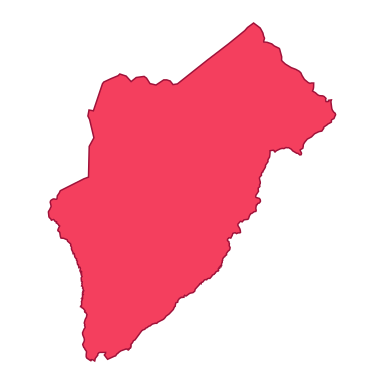 the district of Ulma, Suceava, Romania
{"feature_id": "2599482B36214324611415", "entity_name": "Ulma", "entity_type": "district", "adm_level": 2, "iso_a3": "ROU", "parent_name": "Romania", "parent_adm1": "Suceava", "projection": "albers", "projection_center": [25.264, 47.853], "detail": "fine", "context": "isolated", "style": "filled", "palette": "rose", "viewbox_px": 384, "rotation_deg": 0, "n_neighbors": 0, "source": "geoboundaries", "source_scale": "gbopen_adm2", "svg_char_len": 5875}
<svg xmlns="http://www.w3.org/2000/svg" viewBox="0 0 384 384"><path d="M253.6,23.0L247.5,27.5L244.8,30.6L228.6,43.8L207.6,59.9L177.4,83.9L173.0,84.6L170.2,81.0L166.9,79.9L163.7,79.9L156.0,85.0L150.0,83.6L146.5,78.1L144.1,76.4L136.2,77.5L131.1,81.6L126.2,76.1L119.8,74.0L118.1,75.7L111.1,78.6L103.8,82.0L102.5,83.7L93.4,110.8L89.0,110.0L87.9,116.0L89.6,119.5L93.9,137.8L89.2,146.4L88.5,177.1L83.9,178.8L60.3,190.7L59.1,193.2L57.3,195.8L57.0,198.6L56.7,199.1L56.0,199.3L53.9,198.9L52.9,199.1L51.1,200.2L50.5,201.0L50.2,202.2L51.0,205.6L51.1,206.5L49.8,209.4L48.5,211.5L48.4,212.1L48.9,216.6L49.2,217.4L50.9,219.1L51.4,220.2L53.4,219.5L53.8,219.7L54.2,220.0L54.9,221.2L56.6,221.8L56.6,222.4L56.2,222.7L56.3,223.0L57.3,223.5L58.6,224.8L58.8,225.5L59.6,225.8L59.6,226.3L58.7,227.8L57.8,230.1L58.1,231.0L59.4,231.9L59.8,232.7L60.4,236.6L61.0,238.1L63.6,238.3L67.2,239.8L67.6,241.2L70.6,243.9L70.8,244.7L70.6,245.2L70.7,245.7L71.5,247.2L71.6,248.0L71.4,248.8L72.0,250.5L72.5,251.0L72.5,251.8L73.2,252.6L73.0,253.7L73.5,253.8L74.2,253.6L74.4,253.8L74.4,255.1L74.7,255.7L74.7,256.7L75.8,258.3L76.6,258.9L76.4,260.0L76.9,260.8L77.4,261.2L77.1,262.1L77.5,263.9L77.6,264.5L78.4,264.8L78.4,265.8L78.9,266.6L78.8,267.5L79.5,267.2L80.1,267.4L80.0,268.0L80.4,268.5L79.9,270.8L80.1,271.2L80.3,271.4L81.1,271.2L81.6,271.6L81.6,272.0L80.7,272.1L80.6,272.3L81.0,272.8L81.0,273.9L81.6,274.0L81.4,275.3L82.1,276.4L81.3,277.5L81.3,278.5L81.1,279.0L81.5,279.6L81.3,281.0L82.3,281.9L81.8,283.3L82.1,284.3L82.1,284.9L81.6,285.9L82.1,286.1L82.6,286.9L82.9,287.6L82.6,288.2L83.0,288.6L83.3,289.9L83.8,290.8L83.6,291.1L82.8,291.3L83.1,292.5L82.4,293.0L82.8,294.0L82.6,294.4L83.2,294.5L82.4,295.9L82.7,297.1L82.1,297.6L82.1,297.9L82.5,298.6L81.7,298.9L82.2,299.3L82.2,299.8L81.4,301.7L81.6,302.2L81.6,304.9L81.2,305.7L80.6,306.2L80.5,306.7L81.6,307.1L82.0,307.8L83.3,308.5L85.1,310.9L84.6,311.6L84.7,311.9L85.0,312.3L85.8,312.6L87.0,314.7L86.6,315.9L86.5,317.0L85.3,319.2L84.3,322.6L84.3,323.4L84.8,324.4L84.6,325.7L85.2,327.1L85.1,327.6L84.1,329.0L82.5,332.8L82.7,334.7L84.1,338.1L84.4,340.0L84.1,341.4L82.8,344.1L82.7,344.6L83.8,347.5L84.5,348.1L85.0,349.4L86.4,351.2L86.5,352.1L86.2,354.5L86.2,356.9L86.9,358.2L90.7,360.7L91.1,360.6L91.1,359.7L91.8,359.6L92.8,359.8L94.7,361.0L95.0,359.9L95.2,358.5L97.8,355.1L97.7,354.8L97.9,353.8L98.8,352.8L99.9,352.4L105.6,352.4L105.5,353.5L104.3,355.0L107.6,359.3L114.4,356.2L115.6,355.9L116.9,353.9L117.9,353.4L118.2,352.8L120.8,350.9L126.0,349.0L126.5,349.0L127.9,349.8L128.1,349.3L128.5,349.7L128.8,349.2L129.1,349.3L129.3,348.5L130.4,348.1L130.4,347.6L130.7,347.5L130.7,347.0L131.0,346.8L131.1,345.6L130.8,345.1L131.0,345.0L131.2,343.9L131.9,343.4L132.9,341.9L133.4,340.7L135.0,339.9L141.7,330.8L143.2,329.8L144.8,329.3L145.6,328.2L147.1,327.6L148.8,326.2L150.1,325.9L152.3,324.1L155.1,323.3L156.8,323.3L158.0,322.1L163.6,319.2L165.1,317.6L166.0,316.2L169.2,313.9L173.4,309.4L173.7,308.4L174.2,307.7L174.2,307.2L175.3,306.2L175.3,305.1L175.8,303.0L176.4,302.5L177.6,302.3L177.8,301.6L177.9,300.4L178.8,299.5L179.4,298.4L180.1,298.2L181.2,297.2L181.9,297.6L182.8,297.2L183.9,297.3L184.0,296.2L184.7,295.3L185.6,295.9L186.3,295.9L189.0,293.8L190.1,293.2L193.0,292.6L194.7,291.2L195.2,289.2L199.2,284.8L199.8,283.7L201.2,283.8L201.1,282.7L201.3,282.4L202.4,282.2L203.2,281.6L204.4,279.9L205.4,279.6L206.4,279.8L206.8,279.7L207.3,278.8L208.3,278.4L209.9,278.4L211.7,276.4L212.4,275.1L214.3,274.2L214.7,273.4L215.3,273.1L215.8,272.0L217.8,270.9L218.4,270.9L218.6,270.4L218.5,269.7L218.3,269.3L218.3,268.9L219.6,268.2L219.1,267.4L219.7,266.9L220.8,267.0L221.0,266.8L220.7,266.3L220.6,265.7L221.6,265.5L221.5,264.2L221.9,262.8L222.3,262.2L222.2,260.8L222.7,260.3L222.6,259.3L222.8,258.7L223.8,257.2L224.7,256.7L225.3,255.7L226.6,254.8L226.4,253.6L227.1,252.5L228.0,251.3L229.5,250.0L229.9,249.1L230.1,247.4L229.4,246.2L229.2,245.2L229.4,243.5L228.9,242.5L228.9,241.7L227.6,240.7L227.4,240.2L227.6,239.2L229.0,237.7L230.8,238.1L232.2,235.4L232.8,233.5L233.0,233.3L235.1,232.7L236.5,233.6L238.0,232.9L240.0,232.8L240.5,232.4L240.3,230.3L239.7,228.5L238.1,225.8L237.8,225.0L238.0,224.0L240.3,221.4L240.9,221.3L242.1,221.9L244.1,219.8L247.5,219.4L248.4,218.9L249.5,215.7L250.7,213.7L251.6,213.5L254.2,211.7L255.9,211.4L256.2,210.3L255.8,208.3L256.3,205.2L256.5,204.8L257.1,204.8L257.7,203.5L259.3,203.0L260.4,201.6L260.4,200.4L260.1,199.4L259.3,198.4L256.2,197.5L255.7,197.0L255.7,196.3L255.9,195.3L258.5,191.3L258.2,189.4L258.3,188.0L259.7,186.7L259.9,186.2L259.5,184.9L260.2,183.7L260.3,182.2L259.6,179.4L259.4,178.2L259.6,177.3L261.5,175.3L261.3,174.4L261.6,173.1L262.2,172.2L263.0,171.8L262.9,171.1L263.4,170.5L265.1,167.7L265.5,166.6L265.5,165.2L268.0,161.7L267.9,160.4L268.1,159.5L269.6,157.0L270.0,153.2L270.0,150.7L273.3,150.2L274.2,150.6L274.3,151.4L275.0,152.0L276.4,150.7L280.4,148.8L282.2,148.4L284.0,148.6L286.0,147.5L287.0,147.8L288.7,147.7L291.4,149.3L292.6,150.8L296.6,153.2L298.1,153.4L299.7,154.9L301.0,154.8L301.4,154.0L301.5,153.1L300.2,150.4L300.2,149.8L302.8,148.3L303.2,146.5L303.3,144.9L303.6,144.1L304.6,142.4L307.3,139.1L311.5,136.9L314.5,133.8L318.8,131.7L321.8,131.1L323.7,128.4L323.5,127.8L324.1,126.8L327.1,124.8L327.6,124.2L331.1,122.3L331.4,122.0L331.4,120.3L331.8,119.7L333.9,118.6L334.3,117.8L334.8,116.4L335.4,115.4L335.6,114.5L335.1,113.2L333.9,112.3L332.4,110.2L331.8,108.6L330.9,101.6L331.4,99.9L328.5,100.3L328.6,101.4L327.0,101.7L325.9,101.5L325.6,99.5L326.0,98.4L324.1,96.5L322.8,95.9L319.3,95.6L317.7,94.8L315.5,92.8L312.5,91.0L313.3,89.0L313.6,87.2L313.7,83.0L311.2,83.0L310.0,83.4L308.1,82.5L304.4,79.4L302.0,75.5L300.9,72.9L299.3,71.3L295.9,69.4L291.2,67.6L285.4,64.1L282.8,61.7L281.6,60.4L281.7,56.8L279.6,49.0L279.1,48.3L274.3,46.0L271.8,43.9L267.1,42.3L263.8,42.0L263.7,41.0L264.5,38.4L264.4,37.8L263.7,36.4L262.9,33.0L261.0,29.4L260.1,27.9L259.4,27.4L253.6,23.0Z" fill="#f43f5e" stroke="#9f1239" stroke-width="1.5"/></svg>